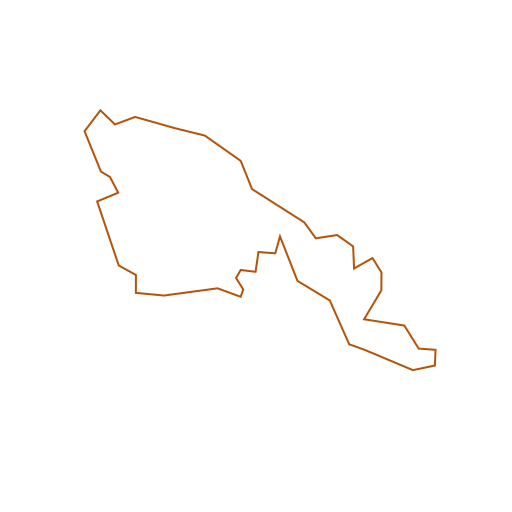 Balikchi, Andijon, Uzbekistan (Albers equal-area conic projection), rotated 26°
{"feature_id": "79887680B83783750285082", "entity_name": "Balikchi", "entity_type": "district", "adm_level": 2, "iso_a3": "UZB", "parent_name": "Uzbekistan", "parent_adm1": "Andijon", "projection": "albers", "projection_center": [71.96, 40.86], "detail": "fine", "context": "isolated", "style": "outline", "palette": "amber", "viewbox_px": 512, "rotation_deg": 26, "n_neighbors": 0, "source": "geoboundaries", "source_scale": "gbopen_adm2", "svg_char_len": 698}
<svg xmlns="http://www.w3.org/2000/svg" viewBox="0 0 512 512"><g transform="rotate(26 256 256)"><path d="M164.2,341.8L190.8,331.8L195.8,328.4L235.6,301.9L260.1,299.4L259.2,291.7L247.7,284.5L248.4,275.3L262.5,270.4L256.5,251.4L272.1,245.1L269.0,227.9L304.2,260.2L341.8,263.6L378.5,294.5L393.8,292.8L447.0,289.8L464.8,276.0L458.5,261.6L442.8,267.9L419.8,253.5L380.9,265.5L383.7,231.9L376.0,215.8L361.6,206.8L349.6,224.2L339.1,204.8L319.7,201.6L302.0,213.9L284.6,204.6L223.1,197.6L200.6,177.2L157.2,170.2L126.4,176.8L86.4,184.0L71.5,199.6L52.3,193.3L47.2,219.0L79.6,248.1L90.1,249.0L104.4,259.5L89.3,276.6L136.8,324.7L156.4,325.7L164.2,341.8Z" fill="none" stroke="#b45309" stroke-width="2"/></g></svg>